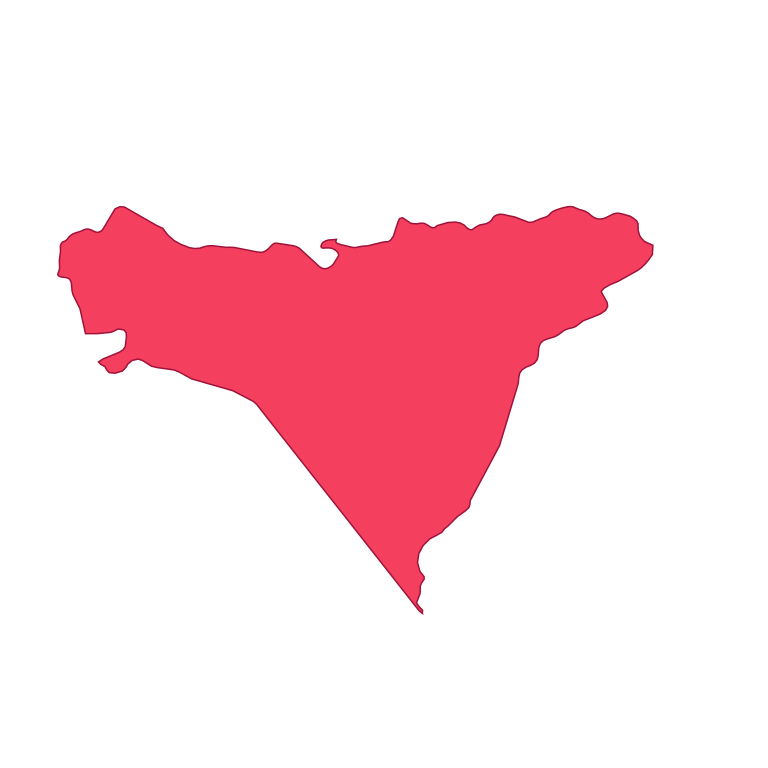 SVG path tracing the border of Morona Santiago, rotated 77°
{"feature_id": "ECU-1285", "entity_name": "Morona Santiago", "entity_type": "Province", "adm_level": 1, "iso_a3": "ECU", "parent_name": "Ecuador", "parent_adm1": "", "projection": "equal_earth", "projection_center": [-78.23, -2.513], "detail": "fine", "context": "isolated", "style": "filled", "palette": "rose", "viewbox_px": 768, "rotation_deg": 77, "n_neighbors": 0, "source": "natural_earth", "source_scale": "10m", "svg_char_len": 3609}
<svg xmlns="http://www.w3.org/2000/svg" viewBox="0 0 768 768"><g transform="rotate(77 384 384)"><path d="M616.1,398.2L613.1,400.7L594.3,409.5L568.6,421.6L542.9,433.7L517.2,445.8L491.5,457.9L465.9,470.0L440.2,482.1L414.5,494.2L388.9,506.3L383.2,508.9L375.3,512.6L371.5,515.3L356.5,532.9L335.8,570.2L326.0,581.2L323.1,585.4L316.8,601.7L314.3,606.6L306.8,614.0L304.4,617.9L304.4,624.0L306.8,629.0L310.0,632.0L312.5,636.0L313.0,643.5L311.1,649.2L307.9,651.0L304.3,652.0L301.1,655.6L298.3,657.3L296.4,652.3L293.5,634.7L292.0,630.6L289.5,627.8L280.6,624.5L276.3,623.7L272.9,625.1L270.7,630.3L270.9,632.0L272.1,637.4L272.0,640.4L270.4,652.3L267.8,663.5L267.6,663.5L242.2,663.3L227.2,666.9L223.1,667.0L215.2,665.9L212.8,666.2L210.9,667.0L209.9,668.0L209.1,669.2L207.1,674.4L206.2,676.0L204.8,677.2L203.5,677.1L199.9,674.8L197.7,673.9L190.8,672.6L182.4,669.5L176.7,668.3L174.5,666.9L173.3,665.2L173.1,663.3L172.6,661.7L171.7,660.0L170.0,658.1L169.0,656.4L168.2,654.7L167.7,652.8L167.3,650.3L167.0,645.3L166.2,641.6L166.1,639.6L166.3,637.9L167.1,636.1L168.1,634.5L170.3,631.8L171.3,630.3L171.8,628.6L171.8,626.9L171.2,624.9L169.8,622.9L152.9,606.7L151.9,601.8L152.3,599.8L153.2,597.1L178.3,570.0L182.5,564.6L190.1,561.2L197.1,556.2L202.1,550.7L207.4,542.9L209.4,538.0L210.2,533.1L209.8,529.0L209.8,524.6L210.6,520.3L215.5,506.5L216.0,503.6L217.3,499.1L226.9,477.7L228.2,473.7L228.1,471.1L227.3,468.5L225.9,465.7L224.1,463.2L222.9,461.0L222.3,459.1L222.5,457.2L228.9,441.2L230.7,438.2L232.7,435.9L255.3,420.4L257.6,417.8L258.5,415.4L258.5,413.0L258.0,410.8L257.2,408.4L255.8,406.4L249.4,399.9L248.1,399.2L246.4,399.2L244.4,400.0L242.5,401.4L240.3,403.9L239.1,406.8L238.4,409.8L237.9,412.8L237.1,414.2L235.6,414.5L233.7,413.3L232.2,411.4L231.4,408.6L231.2,405.9L232.4,397.8L233.9,398.8L234.5,398.9L235.2,398.8L235.9,398.3L236.7,397.6L238.8,394.1L243.7,384.1L244.4,382.1L244.7,379.7L244.7,376.5L244.9,373.9L245.7,368.9L245.5,353.2L245.8,350.2L246.3,347.6L244.9,344.5L241.9,341.5L229.1,333.8L226.4,331.7L226.1,328.6L233.3,321.8L234.4,319.3L235.4,315.7L235.4,312.9L236.3,309.0L238.3,306.5L241.8,303.0L242.9,300.8L242.9,299.2L242.1,297.7L241.6,296.3L241.0,285.6L242.3,277.9L244.3,273.5L247.2,270.1L250.3,268.3L252.9,265.7L253.5,263.6L251.5,258.4L250.6,254.9L250.8,248.3L249.9,244.8L248.5,242.2L246.9,240.9L245.4,238.7L244.7,236.6L244.6,233.2L245.4,230.3L250.9,218.6L259.1,206.5L259.7,202.8L258.2,194.5L257.6,188.0L256.8,185.7L255.7,184.2L254.7,182.6L253.7,180.1L253.0,175.7L252.6,171.0L252.6,165.1L253.1,162.0L254.1,159.6L255.4,158.0L256.5,156.3L257.9,154.5L259.5,151.4L261.0,149.1L262.8,147.0L267.6,143.3L269.5,141.3L271.1,138.8L271.9,136.4L272.2,133.4L271.9,130.6L270.0,122.9L269.9,119.1L270.4,116.8L272.4,112.6L275.9,106.4L278.0,104.2L281.9,101.1L284.9,100.4L291.7,101.8L297.0,101.5L299.9,100.4L303.4,98.3L305.2,96.3L309.3,90.8L318.1,93.3L323.0,98.7L326.0,102.8L328.5,107.0L330.3,111.1L336.6,132.7L338.2,141.9L340.2,148.2L342.7,151.6L345.8,150.8L355.0,148.2L358.9,148.7L362.1,151.6L364.5,157.7L367.2,175.7L370.9,183.8L371.5,186.3L371.6,192.3L372.2,196.1L375.2,203.0L376.3,206.7L376.9,215.0L377.5,218.9L379.3,222.2L382.9,224.8L391.2,227.5L394.9,229.4L397.6,232.8L398.8,237.0L399.5,241.6L401.0,245.9L403.6,249.1L407.0,250.8L414.1,253.3L470.2,285.4L517.1,326.3L520.7,327.4L523.6,329.2L526.0,333.4L529.7,342.3L536.9,353.8L538.8,357.8L540.2,359.3L541.6,361.2L542.3,363.8L542.7,364.8L545.2,374.2L550.1,382.1L557.0,388.2L565.4,391.5L574.6,391.2L580.7,388.3L583.1,388.7L586.4,392.2L589.1,394.1L596.1,395.9L604.6,401.6L609.0,399.8L613.1,397.3L615.9,398.2L616.1,398.2Z" fill="#f43f5e" stroke="#9f1239" stroke-width="1.5"/></g></svg>